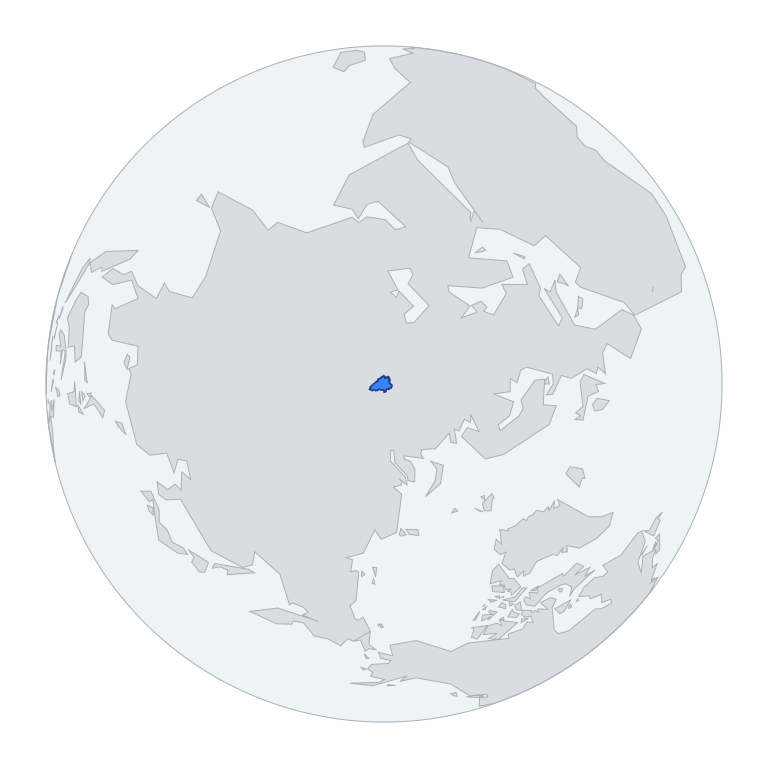 Kurgan on an orthographic globe, rotated 157°
{"feature_id": "RUS-2380", "entity_name": "Kurgan", "entity_type": "Region", "adm_level": 1, "iso_a3": "RUS", "parent_name": "Russia", "parent_adm1": "", "projection": "orthographic", "projection_center": [64.14, 55.502], "detail": "fine", "context": "on_globe", "style": "filled", "palette": "blue", "viewbox_px": 768, "rotation_deg": 157, "n_neighbors": 0, "source": "natural_earth", "source_scale": "10m", "svg_char_len": 14760}
<svg xmlns="http://www.w3.org/2000/svg" viewBox="0 0 768 768"><g transform="rotate(157 384 384)"><circle cx="384" cy="384" r="338" fill="#eef3f6" stroke="#a8b0b8"/><path d="M405.1,46.7L407.1,46.9L422.3,50.2L418.6,57.9L410.9,55.5L410.9,58.2L420.5,61.6L426.8,63.3L439.8,81.8L469.3,101.0L485.5,104.0L476.6,106.2L511.9,110.6L532.3,121.9L504.9,111.2L498.9,111.9L510.6,120.1L506.9,122.7L510.5,128.3L505.0,130.8L489.5,125.1L485.6,126.8L494.2,132.7L494.1,139.4L482.1,130.4L480.7,141.3L454.5,135.2L426.9,111.6L408.0,112.7L368.2,101.0L367.5,105.3L352.0,104.4L345.5,109.2L340.0,106.3L339.5,112.8L345.8,114.6L347.7,118.2L344.4,121.4L336.8,117.9L337.3,115.9L333.4,116.6L331.0,113.6L330.3,116.9L321.5,112.7L325.3,121.6L314.1,122.4L309.6,118.4L316.6,112.5L323.4,90.9L321.0,86.1L310.6,84.6L277.2,94.4L271.8,92.1L259.7,93.6L259.6,97.3L269.0,97.6L265.9,105.5L277.8,105.6L278.3,109.1L287.9,112.2L279.4,118.6L265.8,123.4L257.4,121.3L251.3,123.6L253.5,131.5L232.4,134.1L208.8,147.6L204.1,147.9L205.2,136.8L219.7,121.1L221.2,109.1L213.0,124.1L201.4,125.6L196.4,129.1L192.9,133.6L194.5,136.0L189.0,138.3L195.0,123.7L200.1,121.4L198.1,125.8L204.9,118.7L208.9,110.0L202.7,112.0L215.2,98.4L211.0,99.9L211.3,98.1L217.3,96.5L206.8,99.5L220.6,88.4L215.8,90.9L237.6,79.4L260.2,69.6L283.5,61.4L307.2,54.9L331.4,50.2L355.9,47.3L380.5,46.1L405.1,46.7ZM430.2,63.8L421.1,61.5L413.8,57.8L421.8,59.3L430.2,63.8ZM443.5,72.7L438.2,71.9L438.7,68.1L441.6,69.7L443.5,72.7ZM497.9,105.9L491.2,102.1L499.0,105.0L497.9,105.9ZM511.9,128.7L515.0,129.1L515.6,132.0L511.9,128.7ZM291.9,108.6L289.9,110.3L289.2,108.8L291.9,108.6ZM298.0,108.4L298.5,105.4L301.5,104.9L301.1,106.8L298.0,108.4ZM507.7,138.5L507.6,143.3L505.0,137.4L507.7,138.5ZM296.6,112.3L306.7,104.5L311.8,103.8L314.6,110.4L296.6,112.3ZM505.8,145.4L505.7,157.5L512.6,159.2L493.2,161.8L499.6,150.3L495.3,142.6L501.4,146.3L505.8,145.4ZM349.2,113.8L342.4,112.0L351.1,110.7L349.2,113.8ZM354.4,112.2L378.5,104.1L387.0,108.8L377.2,110.3L390.6,114.5L382.9,120.7L373.8,119.8L369.8,115.5L369.9,121.3L354.4,112.2ZM482.4,161.5L480.1,163.8L479.6,160.4L482.4,161.5ZM349.1,119.5L353.3,117.3L360.9,121.2L354.0,126.4L353.8,123.4L349.1,119.5ZM397.9,112.7L402.4,116.8L397.3,122.8L398.4,125.3L383.4,121.3L397.9,112.7ZM350.4,124.2L350.4,129.0L343.8,130.2L345.6,122.0L350.4,124.2ZM365.8,120.0L369.1,122.2L365.0,122.7L365.8,120.0ZM320.4,137.8L325.2,134.6L329.5,136.3L320.4,137.8ZM350.8,130.7L353.1,130.3L355.3,130.7L354.0,134.1L350.8,130.7ZM380.9,126.0L377.9,127.9L386.8,127.9L383.4,132.8L374.0,129.4L376.6,132.9L375.6,134.4L369.1,130.0L380.9,126.0ZM359.4,138.9L346.3,136.8L336.5,142.1L332.3,140.6L348.8,132.4L359.4,138.9ZM365.6,134.0L360.8,136.7L358.1,133.3L359.7,129.5L365.6,134.0ZM384.4,137.5L392.1,130.9L393.9,131.9L384.4,137.5ZM357.1,141.1L360.3,141.6L356.7,141.8L357.1,141.1ZM376.6,139.2L379.1,136.6L381.1,137.9L376.6,139.2ZM364.7,144.9L360.5,144.1L361.4,141.3L364.7,144.9ZM370.6,142.8L372.7,145.1L364.3,140.8L371.4,141.4L370.6,142.8ZM378.1,140.8L380.1,140.6L376.8,141.7L378.1,140.8ZM363.6,156.0L352.7,151.3L354.8,145.1L365.1,150.5L363.6,156.0ZM146.7,624.5L127.2,601.3L129.0,597.1L124.7,586.2L106.1,546.1L109.8,535.8L106.0,524.7L97.5,516.0L93.6,502.3L88.9,495.4L63.3,454.8L58.7,428.7L60.6,373.9L67.4,369.2L74.2,352.6L126.2,349.2L131.0,365.2L165.0,396.0L168.1,403.0L157.4,414.3L177.4,457.5L191.8,452.4L216.7,481.1L237.5,491.6L256.8,467.1L222.8,449.3L223.5,431.9L256.1,433.9L286.9,449.6L288.1,443.3L274.3,422.1L287.0,414.7L270.1,413.8L272.8,422.2L262.3,422.2L259.2,414.5L263.8,412.0L256.2,404.8L236.1,419.4L236.6,429.6L213.1,419.5L211.7,435.7L203.3,437.9L202.5,411.3L206.9,404.6L200.7,369.3L193.9,375.2L199.3,409.3L195.1,403.7L186.0,413.0L189.6,401.5L185.5,363.7L168.0,351.8L135.9,359.5L127.7,350.5L125.4,334.2L147.1,311.1L162.8,334.0L170.7,327.0L176.1,306.9L180.4,315.9L184.5,310.8L191.3,318.7L209.3,316.0L217.4,322.6L232.6,308.7L238.9,310.5L228.1,318.0L225.0,327.2L246.3,343.9L252.8,343.4L260.9,333.2L265.7,339.5L270.9,327.6L287.1,332.1L271.7,317.0L280.8,305.6L295.0,301.8L295.2,295.6L272.2,302.0L265.4,307.1L264.1,315.7L243.4,328.5L234.3,325.7L245.5,302.7L233.9,296.6L247.7,282.2L301.6,272.4L320.0,275.5L333.2,305.5L324.3,311.2L315.1,303.0L316.1,321.4L319.6,314.7L323.6,320.2L333.4,311.5L336.7,315.1L340.4,301.0L345.5,304.4L343.1,313.3L362.0,304.3L374.8,309.0L377.5,305.3L376.7,300.1L393.6,310.0L394.8,306.9L389.8,302.4L388.9,293.5L394.0,281.8L399.5,285.8L398.5,290.6L404.6,307.1L400.9,319.7L403.7,320.3L408.2,310.3L400.7,290.1L402.2,282.0L407.1,290.8L405.4,286.9L407.9,284.2L415.6,285.5L410.8,275.6L430.5,242.3L447.3,242.2L449.4,253.3L469.1,236.4L486.5,238.9L481.7,234.5L488.0,224.3L482.6,223.3L480.8,220.5L494.4,195.5L501.9,193.2L502.4,178.8L499.9,176.7L494.4,177.4L493.2,161.8L512.6,159.2L517.1,163.9L526.2,159.7L535.2,171.3L546.8,179.5L551.4,195.6L560.2,201.2L562.7,198.9L576.6,205.3L596.4,227.1L569.1,219.2L537.2,191.1L549.3,203.1L543.2,203.5L545.4,209.9L554.2,218.5L557.3,217.4L554.1,249.5L568.5,280.1L575.6,268.9L585.8,270.4L608.5,298.4L616.3,357.5L629.9,362.5L634.5,370.5L631.0,382.6L624.2,371.2L615.6,373.5L612.3,365.6L604.4,382.1L599.3,371.6L595.6,390.2L603.1,395.2L612.0,384.1L611.0,405.4L627.2,409.8L635.2,425.2L628.7,468.8L612.8,492.2L613.1,497.9L603.6,498.1L595.7,514.9L617.2,530.5L618.3,538.0L603.3,563.1L602.1,558.3L577.0,558.9L575.7,578.2L594.9,581.5L601.6,592.7L588.3,596.2L581.1,586.5L572.2,586.3L572.2,570.7L560.2,551.7L546.6,562.8L545.4,552.9L526.8,538.2L506.0,552.7L474.6,588.8L474.1,613.3L461.6,625.8L437.0,595.4L430.5,570.8L418.8,574.4L395.9,553.2L348.3,550.0L344.0,542.3L334.5,544.6L318.7,534.8L313.2,521.5L302.5,520.1L318.0,554.6L329.7,556.0L343.0,546.1L344.9,557.3L360.4,568.3L334.3,590.1L267.7,596.4L265.5,576.9L237.1,507.9L240.4,502.1L240.4,501.3L240.4,499.8L233.3,508.4L229.9,494.2L240.4,541.8L240.3,558.8L266.7,597.2L263.1,598.9L272.9,607.4L309.5,609.5L308.8,615.2L288.9,636.4L242.0,651.3L250.8,670.3L251.7,681.4L228.1,677.2L236.0,685.2L224.6,680.8L227.8,683.4L224.3,681.8L203.4,669.6L183.4,656.0L164.5,640.9L146.7,624.5ZM101.2,363.8L98.1,368.0L101.2,363.8ZM315.0,480.5L336.3,486.6L334.3,465.3L342.3,466.1L338.7,458.8L334.0,463.8L326.3,444.0L338.2,440.4L339.5,431.3L332.4,428.9L311.8,438.7L322.7,466.8L314.6,473.4L315.0,480.5ZM201.1,126.4L200.4,127.7L196.0,132.1L196.5,129.9L201.1,126.4ZM186.2,154.2L177.7,157.4L184.1,153.3L183.1,150.4L195.2,138.8L202.4,147.5L197.0,145.4L186.2,154.2ZM213.4,126.4L204.9,132.3L213.9,125.5L213.4,126.4ZM200.6,276.9L200.1,283.8L193.4,287.5L183.1,280.7L192.7,275.1L200.6,276.9ZM201.0,293.0L215.0,272.9L221.9,276.9L215.6,277.9L218.8,282.6L209.6,285.6L202.6,309.6L196.2,314.6L180.7,298.3L189.3,300.7L189.2,293.5L201.0,293.0ZM238.4,220.0L244.5,212.8L251.7,230.4L245.1,235.2L234.4,228.3L235.9,218.6L238.4,220.0ZM299.6,126.2L301.5,123.3L303.6,124.1L303.7,127.2L299.6,126.2ZM322.3,136.2L293.5,140.0L294.2,136.8L276.6,143.7L271.5,138.0L283.2,133.6L266.1,134.7L274.5,128.5L262.7,130.4L289.1,121.1L296.1,116.0L290.3,123.8L294.7,129.1L298.7,129.8L315.2,128.4L332.3,120.6L339.4,125.1L339.9,130.4L336.8,133.0L333.2,129.1L331.8,135.3L324.1,131.7L322.3,136.2ZM341.4,197.2L338.4,190.4L334.3,204.8L326.6,200.2L326.7,202.2L318.5,202.1L308.5,205.6L306.1,202.5L303.3,205.2L297.8,205.5L293.1,208.3L287.0,203.9L280.8,207.1L281.4,203.2L272.4,210.0L276.4,203.1L269.7,203.1L269.4,209.8L247.8,182.0L235.7,176.7L223.4,176.3L231.9,165.2L248.8,158.7L268.4,156.7L278.9,163.8L280.9,157.8L286.4,159.6L282.6,163.6L291.9,158.5L295.4,161.2L312.9,161.0L324.1,152.8L330.8,152.8L328.2,157.4L336.7,154.3L336.3,163.0L341.0,163.4L345.4,172.6L337.6,181.7L343.5,181.4L347.1,188.8L341.4,197.2ZM364.4,158.7L356.8,170.0L348.9,173.2L344.6,155.8L340.4,154.3L337.4,143.9L348.9,139.6L348.7,142.9L351.2,145.1L346.6,145.5L352.1,146.9L352.0,151.7L356.3,154.1L352.7,157.0L364.4,158.7ZM175.8,402.0L178.9,405.9L184.8,410.2L179.2,416.4L175.8,402.0ZM172.5,376.2L175.9,378.3L170.8,388.6L167.6,384.7L172.5,376.2ZM182.2,371.0L176.5,377.6L177.6,371.8L182.2,371.0ZM231.8,319.5L236.0,321.2L234.7,324.1L230.4,326.3L231.8,319.5ZM327.6,241.0L327.1,236.0L329.4,235.4L335.1,225.3L341.2,228.2L340.2,235.4L327.6,241.0ZM248.6,469.2L240.0,471.6L238.0,467.4L241.3,467.4L248.6,469.2ZM206.0,444.4L213.7,454.0L204.4,446.0L206.0,444.4ZM335.2,242.4L336.8,237.9L338.9,242.2L335.2,242.4ZM346.0,229.9L349.1,234.0L342.6,227.4L346.0,229.9ZM307.0,695.4L294.2,706.1L278.7,701.9L272.3,697.0L274.7,689.2L291.5,690.7L298.8,687.1L307.0,695.4ZM656.4,574.0L662.0,568.0L661.5,569.0L656.4,574.0ZM650.7,578.1L657.6,570.9L649.1,581.1L650.7,578.1ZM660.1,568.1L667.0,558.7L670.1,553.9L669.2,556.2L660.1,568.1ZM645.9,583.1L617.2,607.9L605.1,614.8L608.5,609.8L628.0,595.6L645.9,583.1ZM607.5,610.4L588.3,614.7L558.0,603.0L569.0,598.2L599.8,597.9L598.0,601.9L609.7,601.0L607.5,610.4ZM651.7,558.8L649.7,568.4L634.4,581.9L627.1,586.7L622.2,580.2L625.0,572.3L631.1,567.6L651.9,527.3L659.7,524.8L654.1,539.9L660.3,541.3L651.7,558.8ZM475.8,615.1L485.0,626.3L477.8,630.1L475.8,615.1ZM657.9,503.8L651.1,521.8L656.6,501.4L657.9,503.8ZM659.8,486.9L661.4,491.3L657.0,490.2L659.8,486.9ZM615.0,505.3L608.7,511.6L607.4,508.0L614.8,497.9L615.0,505.3ZM641.3,438.0L645.4,449.6L645.6,454.5L640.7,450.4L641.3,438.0ZM389.7,264.2L375.0,274.7L368.5,285.0L371.2,294.7L361.1,285.9L371.1,270.0L389.7,264.2ZM424.9,244.4L422.4,236.5L427.6,237.3L428.9,239.2L424.9,244.4ZM420.5,241.5L409.8,236.9L411.1,230.8L419.3,235.6L420.5,241.5ZM372.1,239.0L367.3,241.8L365.7,238.2L372.1,239.0ZM619.9,626.0L621.8,624.0L650.0,592.4L672.0,559.7L681.0,545.1L691.9,522.3L699.0,506.4L689.5,528.5L678.4,549.9L665.8,570.4L651.8,590.0L636.5,608.6L619.9,626.0ZM670.0,557.9L678.6,542.2L682.4,536.2L670.0,557.9ZM708.8,477.4L704.5,490.4L707.0,482.1L707.0,479.4L698.3,498.0L696.6,498.3L700.4,488.6L693.6,498.7L701.2,482.6L703.6,484.3L707.5,469.7L712.7,455.9L716.5,443.0L717.5,438.5L708.8,477.4ZM699.7,499.3L700.8,496.7L699.4,501.2L699.7,499.3ZM684.3,521.3L683.7,524.0L681.5,525.8L684.3,521.3ZM687.3,515.4L693.6,506.8L686.6,518.2L687.3,515.4ZM664.3,538.8L666.7,541.2L674.2,528.6L668.4,540.5L672.8,542.5L670.7,547.6L666.6,545.0L663.8,556.3L660.4,560.1L659.2,554.4L663.1,540.5L666.5,532.3L679.7,513.8L664.3,538.8ZM687.6,509.2L685.7,505.9L687.0,499.6L689.1,499.9L687.6,509.2ZM678.9,498.7L672.4,498.1L667.6,507.4L676.0,483.5L681.1,488.1L678.9,498.7ZM671.5,487.5L667.2,496.2L670.9,483.6L671.5,487.5ZM665.4,495.0L663.6,490.0L667.7,486.2L665.4,495.0ZM674.0,484.6L672.7,473.9L675.9,477.2L674.0,484.6ZM658.7,479.0L669.5,478.6L657.5,487.4L651.5,468.7L656.1,462.9L658.7,479.0ZM649.2,365.1L645.0,360.3L647.6,353.5L649.8,358.7L649.2,365.1ZM652.3,328.5L646.9,350.2L641.9,368.2L646.1,367.2L649.6,380.3L640.5,376.3L640.1,356.3L644.9,344.6L640.5,334.3L640.8,321.2L632.8,311.6L631.3,303.7L640.0,308.9L652.3,328.5ZM629.1,308.1L615.3,288.5L622.6,280.6L627.3,283.1L630.6,295.3L626.5,298.7L629.1,308.1ZM614.1,281.6L610.0,284.9L581.2,266.4L576.9,260.8L602.8,269.7L600.3,273.4L606.1,279.6L614.1,281.6ZM483.5,165.4L480.4,164.0L483.8,163.3L483.5,165.4ZM477.7,220.3L475.9,216.4L480.0,215.5L477.7,220.3ZM472.9,205.3L469.6,208.9L470.8,203.3L472.9,205.3ZM462.6,217.7L467.2,209.6L466.1,219.8L462.6,217.7Z" fill="#d9dde1" stroke="#a8b0b8" stroke-width="1"/><path d="M399.4,384.4L399.2,384.5L399.2,384.8L399.1,385.0L399.0,385.3L398.8,385.3L398.6,385.4L398.3,385.4L398.1,385.5L397.9,385.4L397.6,385.6L397.6,385.8L397.8,386.0L398.1,386.1L397.9,386.3L397.8,386.5L397.7,386.6L397.7,386.8L397.1,386.9L396.8,386.8L396.7,386.8L396.4,386.9L396.3,387.2L396.1,387.4L395.8,387.5L395.2,387.5L394.8,387.5L394.7,387.6L394.5,387.8L394.4,387.9L394.3,388.0L394.1,388.0L393.7,388.2L393.0,388.2L392.7,388.5L392.1,388.5L391.9,388.5L390.3,389.2L390.2,389.1L390.2,388.7L389.9,388.7L389.8,388.8L389.6,389.2L389.5,389.3L389.4,389.3L388.9,389.1L388.6,389.1L388.5,389.4L388.5,389.5L388.4,389.6L388.2,389.5L387.7,389.7L387.6,389.8L387.6,390.0L387.7,390.8L387.6,391.0L387.4,391.0L387.2,390.9L386.9,390.6L386.6,390.5L386.4,390.6L386.2,390.8L385.9,390.9L385.5,390.6L385.4,390.7L385.1,390.7L385.0,390.8L384.7,390.8L384.4,390.9L384.1,391.0L383.8,390.9L383.7,391.1L383.4,391.1L383.6,391.4L383.5,391.5L383.4,391.6L383.2,391.6L382.7,391.4L381.9,391.6L381.7,391.6L381.3,391.9L381.2,391.9L381.2,391.6L381.2,391.3L380.8,391.0L380.7,391.0L380.4,391.0L380.4,390.9L380.5,390.9L380.5,390.6L380.7,390.4L380.5,390.2L380.8,390.1L380.9,389.9L381.1,389.8L381.1,389.7L381.1,389.4L380.9,389.4L380.9,389.2L380.8,388.8L380.1,388.8L379.8,388.7L379.6,388.9L379.1,389.1L379.0,388.9L378.9,388.9L378.7,389.1L378.6,388.9L378.5,388.7L378.3,388.6L378.2,388.5L378.0,388.8L377.6,388.9L377.4,388.8L377.2,388.9L377.2,389.0L377.1,388.9L377.0,388.6L376.8,388.5L376.8,388.3L376.9,388.2L377.1,388.0L377.1,387.8L377.0,387.7L376.9,387.4L376.7,387.4L376.7,387.2L376.7,386.8L376.7,386.7L376.9,386.7L377.1,386.6L377.3,386.9L377.5,386.9L377.4,386.6L377.5,386.5L377.6,386.4L377.7,386.1L377.4,385.9L377.6,385.7L377.4,385.6L377.4,385.4L376.9,385.3L376.9,385.2L377.0,385.0L377.5,384.9L377.7,384.7L377.4,384.5L377.5,384.3L377.8,384.5L378.1,384.3L378.4,384.4L378.5,384.3L378.4,384.2L378.7,384.0L378.8,384.0L378.8,383.9L378.6,383.6L378.4,383.6L378.6,383.4L378.7,383.2L378.6,382.5L378.4,382.2L378.2,382.0L378.0,381.9L378.0,382.0L377.9,382.0L377.8,381.9L377.8,381.6L378.1,381.5L378.1,381.4L378.0,381.2L377.9,381.1L377.8,381.3L377.7,381.4L377.6,381.1L377.7,380.8L377.4,380.6L377.3,380.4L377.4,380.2L377.2,380.2L377.2,379.8L377.2,379.5L377.2,379.4L377.3,379.2L377.4,379.3L377.5,379.1L377.8,378.8L377.9,378.5L378.1,378.2L378.3,378.1L378.8,377.6L379.0,377.7L379.0,377.8L379.0,378.0L379.3,378.0L379.5,377.8L379.6,377.7L379.8,377.8L379.9,377.6L380.3,377.5L380.6,377.7L380.8,377.7L381.3,377.6L381.3,377.8L381.4,378.0L381.5,378.0L381.4,377.8L381.6,377.6L381.6,377.4L381.8,377.5L382.0,377.4L382.2,377.5L382.2,377.8L382.5,377.9L382.8,378.1L383.0,378.2L383.4,378.2L383.6,378.2L383.9,378.2L384.1,378.3L384.3,378.2L384.2,377.8L384.2,377.7L384.3,377.5L384.5,377.5L384.6,377.4L384.7,377.2L384.6,376.9L384.6,376.7L385.1,376.6L385.3,376.3L385.6,376.2L385.9,376.3L386.0,376.2L386.3,376.1L386.5,376.2L386.5,376.3L386.4,376.4L386.6,376.5L386.8,376.5L386.7,376.6L386.7,376.8L386.8,377.0L386.7,377.1L386.8,377.2L386.9,377.3L386.8,377.6L386.8,377.9L386.7,378.0L387.1,378.4L387.1,378.6L387.3,378.8L387.5,378.9L387.3,379.0L387.2,379.1L387.3,379.3L387.6,379.4L387.8,379.3L387.9,379.2L389.0,379.4L389.1,379.8L389.4,380.1L389.4,380.3L389.7,380.6L390.1,380.9L390.2,381.0L390.3,381.0L390.6,380.8L390.7,380.6L391.0,380.6L391.2,380.8L391.4,380.9L391.5,381.2L392.1,381.0L392.2,380.9L392.4,380.7L392.6,380.6L392.8,381.1L393.1,381.1L393.4,380.9L393.6,381.0L393.8,381.1L394.2,381.1L394.4,381.1L394.4,381.3L395.0,382.4L395.5,382.5L396.2,382.4L396.3,382.4L396.4,382.5L396.5,382.7L397.2,382.4L397.4,382.4L397.4,383.1L397.6,383.2L397.8,383.2L397.9,383.3L398.0,383.6L398.3,383.8L398.4,384.1L398.5,384.1L398.9,384.0L399.0,384.0L399.3,384.3L399.4,384.4Z" fill="#3b82f6" stroke="#1e3a8a" stroke-width="1.5"/></g></svg>